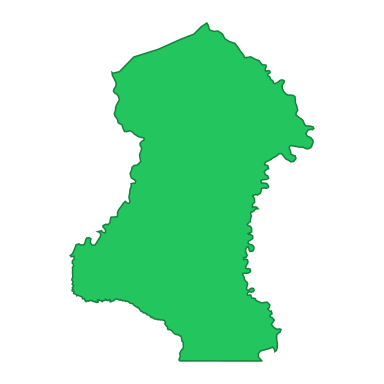 the district of Sherman, Oregon, United States of America
{"feature_id": "52423323B77848973852884", "entity_name": "Sherman", "entity_type": "district", "adm_level": 2, "iso_a3": "USA", "parent_name": "United States of America", "parent_adm1": "Oregon", "projection": "orthographic", "projection_center": [-120.7, 45.41], "detail": "fine", "context": "isolated", "style": "filled", "palette": "green", "viewbox_px": 384, "rotation_deg": 0, "n_neighbors": 0, "source": "geoboundaries", "source_scale": "gbopen_adm2", "svg_char_len": 5989}
<svg xmlns="http://www.w3.org/2000/svg" viewBox="0 0 384 384"><path d="M261.7,361.0L261.6,360.5L259.9,358.9L258.4,356.8L258.4,353.6L260.5,351.0L270.0,348.3L272.6,347.1L274.5,349.3L274.9,351.6L276.3,350.4L277.2,347.9L277.4,343.6L276.7,339.5L276.6,334.6L280.0,332.1L281.0,329.4L279.2,328.9L276.9,329.4L273.3,327.0L271.4,324.4L274.3,320.1L272.0,317.5L270.1,316.7L270.2,315.0L272.0,313.8L271.3,311.1L269.7,311.1L267.9,308.9L269.1,307.9L269.9,305.2L267.3,302.2L264.0,302.5L262.0,303.0L257.4,301.2L255.6,299.9L255.4,298.8L254.5,298.2L253.5,298.4L251.7,297.8L250.7,295.0L249.4,295.0L248.7,295.3L247.5,295.0L247.3,293.7L248.0,292.4L249.9,291.7L251.1,292.2L253.2,291.7L254.2,290.2L253.5,288.5L251.6,288.1L249.5,289.4L248.8,290.3L247.3,290.1L246.5,289.1L246.7,287.2L247.4,285.1L247.6,283.7L247.0,282.2L245.7,281.2L244.5,279.6L244.3,277.7L243.4,276.0L242.6,274.9L243.1,273.5L244.3,273.2L247.8,273.2L249.8,272.3L250.6,271.0L250.1,269.2L248.7,268.5L247.2,268.9L245.7,268.2L245.7,267.0L246.9,264.4L248.0,262.5L247.6,259.9L246.0,259.1L243.6,259.5L243.5,257.7L246.4,257.1L247.2,255.2L245.5,251.0L245.7,249.1L246.9,247.1L247.9,246.7L248.9,248.5L249.1,250.1L249.9,251.4L251.9,251.4L253.2,250.6L254.0,248.6L253.7,246.4L252.0,244.9L249.5,244.2L248.0,243.3L248.4,241.1L250.1,240.4L252.7,238.6L252.7,235.9L250.3,234.3L249.0,234.6L247.9,233.6L248.7,233.1L250.0,232.8L251.6,232.0L251.6,228.2L250.2,226.2L248.4,225.8L247.2,224.3L248.4,223.1L250.4,221.7L250.5,218.8L251.5,215.8L250.7,214.4L250.8,212.3L252.5,211.9L254.1,210.8L255.4,209.1L258.0,208.7L256.4,207.0L253.9,206.9L252.6,207.2L252.4,204.3L254.6,202.4L254.5,198.5L252.5,195.9L255.4,194.5L257.3,195.1L260.4,193.3L261.7,188.4L264.5,187.8L265.7,188.4L267.8,187.8L268.7,186.8L267.8,184.8L266.6,183.4L261.3,182.9L261.0,180.5L262.7,179.7L266.2,179.5L268.6,178.4L267.8,175.9L265.4,174.7L264.2,171.6L266.6,169.4L268.6,168.7L267.8,165.6L265.9,165.1L264.5,164.5L265.5,162.1L271.0,159.5L273.2,157.6L274.8,157.0L277.4,155.3L278.5,153.9L281.5,153.6L285.9,159.0L289.0,160.5L290.9,161.9L293.8,161.3L296.0,158.5L295.2,156.0L291.0,154.3L290.2,150.1L289.1,148.0L289.9,145.8L291.3,145.6L299.4,147.1L303.0,147.2L305.9,148.6L307.9,148.9L310.7,147.7L311.6,146.5L313.2,141.9L312.6,139.8L310.7,137.6L307.3,136.1L305.8,133.7L307.3,131.2L308.5,129.9L311.0,129.3L312.6,129.7L313.8,128.3L312.9,126.9L309.9,126.0L307.2,126.1L305.9,125.7L304.7,124.6L302.9,120.3L301.6,119.1L297.9,116.7L295.9,114.8L296.4,112.2L297.7,110.4L296.7,105.8L295.4,102.8L295.2,98.8L294.9,96.5L293.4,95.5L291.0,95.1L288.1,95.1L285.9,93.9L283.5,91.2L282.2,88.4L282.2,84.9L283.8,83.1L284.2,81.3L284.1,80.6L282.5,79.9L280.4,80.2L277.1,82.7L275.1,83.7L273.4,82.9L273.2,81.5L272.3,80.3L270.7,79.7L270.2,77.6L268.9,76.1L268.0,75.9L267.7,74.1L270.1,72.7L270.0,71.5L269.1,70.6L267.0,70.9L266.1,71.5L265.4,70.4L265.2,69.0L266.2,66.4L265.8,65.0L262.7,64.9L261.6,64.0L260.0,62.0L259.3,60.8L255.1,59.2L250.7,56.8L247.7,57.4L244.5,57.5L243.6,55.2L240.6,51.4L238.0,47.4L234.8,43.3L229.3,41.5L224.9,38.8L222.4,33.9L217.7,30.9L214.2,31.5L209.5,29.9L208.0,24.8L206.8,23.0L201.3,26.7L193.9,34.1L181.3,39.0L158.0,49.4L133.8,57.0L119.4,71.7L112.9,73.2L112.0,72.5L112.4,75.4L115.6,81.6L116.2,84.0L115.6,86.8L114.1,88.8L113.4,91.0L114.6,92.9L116.5,94.1L118.0,95.6L119.0,98.2L119.4,100.0L116.5,105.0L115.6,107.7L115.4,110.9L114.7,112.3L114.3,113.8L115.1,116.1L117.6,119.6L118.1,122.6L119.8,123.8L121.9,124.7L123.1,128.5L124.5,131.5L126.3,131.7L130.2,130.7L133.2,132.7L134.3,134.1L138.2,136.5L141.2,137.5L143.6,137.6L144.3,139.7L141.2,141.8L140.0,143.6L140.3,145.7L141.6,147.6L141.2,150.5L139.8,153.9L139.6,155.6L140.7,161.6L136.9,165.2L134.1,165.4L132.0,167.4L131.5,170.4L130.1,173.5L131.3,177.9L134.3,179.7L135.8,181.2L135.1,183.2L133.2,183.2L131.0,183.8L131.3,185.1L131.1,186.7L130.0,189.5L129.8,192.1L128.9,197.2L129.9,201.7L129.2,203.1L127.9,203.4L126.7,202.7L125.3,201.4L123.6,202.9L121.8,205.6L118.5,210.0L117.5,212.5L117.6,214.5L117.2,216.8L110.9,217.2L110.1,220.7L110.2,222.3L108.2,224.5L105.7,224.3L103.0,225.6L103.0,227.1L105.3,229.4L105.6,232.2L105.0,232.8L102.8,232.3L101.3,230.7L97.8,231.7L98.9,232.1L100.6,233.6L100.6,236.1L95.0,245.1L92.1,245.1L90.4,242.9L90.4,241.2L90.9,238.8L89.3,237.8L87.0,237.8L85.9,239.3L85.1,242.3L84.0,244.7L80.9,245.1L79.0,243.9L76.2,244.7L74.2,249.9L72.5,253.7L70.2,255.6L71.2,256.8L74.0,256.3L74.2,258.8L72.4,260.8L72.2,263.0L73.1,263.8L73.6,266.0L72.4,267.3L72.6,268.8L72.5,272.9L72.8,276.7L71.8,279.8L73.0,281.9L73.0,282.7L72.5,283.3L72.2,284.2L72.6,284.8L73.6,285.4L73.3,286.5L72.4,287.5L72.5,288.4L73.0,289.4L72.2,289.9L72.0,290.7L73.3,291.4L73.9,291.4L73.7,293.5L76.1,294.4L76.8,295.7L77.1,295.2L78.5,295.5L81.8,296.8L82.2,297.9L82.8,298.9L84.3,298.5L85.2,300.8L85.9,301.5L86.6,301.6L86.8,301.1L87.8,300.7L88.5,301.2L90.1,300.5L91.7,300.6L93.0,301.5L94.4,301.5L95.6,302.2L97.0,302.5L98.0,302.2L98.1,301.4L97.6,301.0L97.4,300.2L98.3,299.7L99.2,299.9L99.4,300.4L101.4,300.7L101.6,301.2L102.5,301.6L102.8,301.0L103.5,300.4L104.1,300.7L105.1,299.9L105.4,299.1L106.1,299.4L106.2,300.2L107.5,300.7L109.5,299.5L110.2,300.2L109.8,300.6L110.1,301.8L110.8,301.8L114.4,300.3L115.0,299.2L117.0,299.0L118.6,299.5L119.3,300.1L120.2,300.2L120.4,299.7L121.7,300.1L122.5,300.8L123.7,300.5L125.9,301.4L127.7,301.4L128.3,301.7L130.4,303.4L131.8,303.4L132.7,303.7L134.3,305.6L139.0,308.4L140.0,309.7L140.5,310.9L142.5,311.9L143.1,312.6L144.1,313.0L144.7,312.7L145.6,313.2L146.9,314.7L148.3,314.9L149.9,315.9L151.2,317.6L152.1,317.2L153.5,318.4L155.1,319.1L156.7,319.0L157.7,319.8L158.8,319.4L160.2,320.0L161.6,319.8L164.3,320.5L165.3,321.8L165.3,322.9L164.8,323.6L166.4,326.0L167.4,326.9L167.6,327.9L167.6,329.0L168.3,329.7L170.1,329.6L172.2,331.1L173.2,332.6L174.6,333.8L176.4,334.7L177.9,334.4L179.0,335.5L181.2,336.4L182.0,341.2L182.7,341.8L183.3,342.6L183.2,344.6L183.4,346.7L183.0,348.6L182.7,349.1L182.0,349.4L180.6,351.4L179.6,353.8L180.2,354.7L180.1,356.0L180.4,356.8L180.1,357.5L179.4,358.1L179.3,359.4L179.0,359.9L179.9,360.9L261.7,361.0Z" fill="#22c55e" stroke="#15803d" stroke-width="1.5"/></svg>